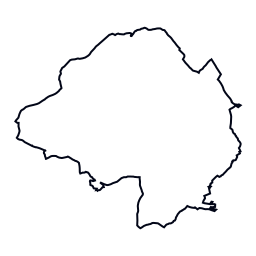 Iclanzel, Mures, Romania (Albers equal-area conic projection), rotated 270°
{"feature_id": "2599482B66807271844758", "entity_name": "Iclanzel", "entity_type": "district", "adm_level": 2, "iso_a3": "ROU", "parent_name": "Romania", "parent_adm1": "Mures", "projection": "albers", "projection_center": [24.269, 46.544], "detail": "fine", "context": "isolated", "style": "outline", "palette": "ink", "viewbox_px": 256, "rotation_deg": 270, "n_neighbors": 0, "source": "geoboundaries", "source_scale": "gbopen_adm2", "svg_char_len": 5747}
<svg xmlns="http://www.w3.org/2000/svg" viewBox="0 0 256 256"><g transform="rotate(270 128 128)"><path d="M196.6,211.5L196.3,211.2L196.0,210.4L193.9,208.1L190.7,205.7L189.5,204.3L188.4,203.4L187.2,202.7L186.0,200.7L185.4,199.9L185.1,199.6L183.2,198.8L184.3,197.0L185.3,193.3L185.5,192.8L187.9,190.5L188.2,189.9L190.3,188.2L193.3,185.4L196.7,182.9L198.9,184.2L199.6,184.4L200.9,184.3L201.5,183.9L202.1,183.4L206.0,179.3L207.4,179.8L207.7,179.7L208.7,178.5L210.9,176.6L213.6,174.6L214.8,173.5L218.0,171.2L219.2,170.0L220.4,168.5L221.0,167.9L221.8,167.4L222.3,166.9L223.2,166.6L224.0,165.8L225.7,164.6L225.9,164.2L226.1,162.7L226.5,162.0L227.5,160.5L227.6,159.1L227.5,157.0L227.0,154.9L226.7,152.7L226.3,151.6L226.1,150.1L226.1,149.5L226.2,148.3L227.5,146.6L228.1,145.2L228.2,144.7L228.2,144.4L227.6,143.0L227.2,141.2L226.4,140.1L226.0,137.3L225.7,136.8L225.1,136.2L225.1,135.5L224.8,135.1L223.9,134.3L221.9,133.1L221.3,132.5L220.4,131.9L220.0,131.6L219.9,131.1L220.0,130.9L220.4,130.8L221.1,131.1L221.7,131.6L222.2,131.6L222.4,131.4L222.7,130.8L223.0,129.7L222.7,126.5L222.1,124.7L221.7,124.2L221.6,123.6L221.7,122.9L221.7,121.9L221.9,120.5L221.9,119.6L222.0,119.1L222.4,118.5L222.4,118.2L222.2,117.4L221.8,116.4L221.0,115.3L220.9,115.1L221.4,114.5L221.9,113.0L222.2,112.7L222.2,112.2L221.2,109.8L221.2,109.4L216.5,104.1L213.1,100.2L211.2,98.1L209.9,96.4L209.2,95.7L207.6,94.5L204.0,91.1L202.0,89.9L201.2,89.2L200.1,87.9L198.5,85.3L197.7,82.7L197.2,79.9L197.2,79.2L197.5,78.2L197.5,77.7L196.7,75.0L196.4,71.8L195.8,70.1L189.5,64.3L188.1,62.2L184.6,60.4L183.9,60.5L183.0,60.8L182.3,60.9L181.6,60.6L180.6,59.9L179.9,59.6L179.3,59.4L176.4,59.1L174.6,60.1L172.1,60.5L167.9,61.5L167.7,61.4L166.0,59.5L165.4,59.2L164.6,58.4L163.0,56.5L162.1,55.1L161.0,52.7L160.0,49.8L159.2,48.2L157.4,45.6L156.5,44.7L156.2,44.0L155.9,43.7L155.3,42.5L154.9,42.0L152.8,38.9L152.0,37.0L151.0,33.2L150.2,29.6L149.1,26.2L148.7,25.6L147.0,23.7L146.6,23.2L146.4,22.5L145.2,21.0L144.3,20.5L141.8,19.4L138.3,18.4L135.5,15.9L134.6,15.4L133.1,17.4L133.1,18.6L129.6,18.5L125.5,19.5L124.8,19.5L123.5,19.2L120.6,18.2L118.2,16.8L117.1,17.9L116.4,19.4L116.0,21.7L115.8,22.2L115.2,23.2L113.9,24.7L110.4,31.5L110.4,32.0L110.1,32.0L109.2,34.2L108.7,35.9L108.8,36.1L108.1,38.6L107.5,40.3L105.9,44.0L105.6,45.2L105.4,45.3L105.3,45.1L104.8,44.4L104.3,44.1L103.6,43.9L103.0,43.9L102.6,44.0L101.5,44.8L99.9,45.0L98.2,45.7L97.1,45.9L97.1,46.0L97.5,46.8L98.4,48.7L99.6,50.7L100.0,52.0L100.1,53.6L100.0,55.9L99.9,56.2L99.1,57.5L98.4,59.2L98.1,60.9L98.0,61.7L98.1,62.6L99.1,67.3L99.4,67.6L99.4,67.9L99.1,68.6L97.1,71.8L96.6,72.4L95.7,74.4L95.1,75.3L94.9,76.3L94.6,76.9L94.1,77.8L93.2,78.9L90.1,79.5L87.9,79.7L84.1,79.8L83.4,79.9L82.5,80.3L83.0,81.8L83.4,82.7L83.3,84.1L83.6,84.5L83.8,85.8L84.1,85.9L83.9,86.9L83.6,87.3L83.4,88.1L81.4,89.6L80.6,89.9L79.5,90.6L78.7,92.2L77.7,92.7L76.9,93.5L76.4,94.6L75.5,95.0L74.9,93.1L75.6,90.7L75.4,90.1L74.4,89.9L73.1,90.3L71.1,90.3L70.7,91.0L70.4,92.0L69.8,92.8L68.9,93.2L68.1,93.5L67.6,93.9L67.4,95.8L67.3,96.8L66.0,96.2L66.1,96.6L65.2,97.5L65.6,97.9L65.8,98.5L65.9,99.7L66.2,100.2L68.8,102.6L68.8,102.9L68.9,103.8L71.2,103.1L72.8,100.9L73.0,100.7L73.3,100.9L71.8,104.2L71.0,106.6L70.9,107.3L71.1,108.6L71.8,110.8L72.9,113.0L74.3,117.2L77.9,121.5L78.8,123.9L78.8,126.1L79.5,127.8L79.4,133.3L79.1,134.4L78.8,137.7L78.9,138.9L78.8,139.7L77.9,139.6L74.3,140.0L71.4,139.9L70.4,140.0L65.7,141.7L64.7,141.9L62.5,142.9L61.3,142.8L58.0,140.4L55.8,139.3L53.5,138.4L50.8,137.9L49.9,137.8L45.1,138.2L44.2,138.0L42.0,137.2L35.5,137.4L30.6,137.2L29.3,138.4L28.4,139.5L28.2,139.9L27.8,140.3L28.3,141.4L30.1,144.0L31.2,146.7L31.3,147.8L31.7,148.9L31.8,149.6L32.1,150.8L32.7,151.6L32.8,152.2L33.0,152.5L33.1,153.5L32.7,157.7L32.5,158.3L29.5,162.6L28.7,164.1L31.1,166.1L31.5,166.6L32.0,168.2L32.5,169.0L32.6,169.6L32.6,170.7L32.8,171.2L33.8,172.9L35.1,173.7L35.2,173.9L35.3,174.5L35.5,174.9L37.0,175.7L38.3,175.9L38.8,176.1L39.7,176.7L41.7,177.7L44.1,179.7L44.6,180.3L45.2,181.8L45.6,182.0L46.4,183.6L46.9,184.1L47.1,184.7L47.2,184.9L49.0,186.5L50.0,187.3L49.0,189.5L48.4,191.8L48.1,194.4L48.2,194.6L48.6,195.0L46.7,197.5L47.3,198.3L48.0,199.5L47.7,201.9L47.0,204.3L46.8,205.6L46.9,207.8L46.7,209.4L46.0,211.1L44.9,214.5L46.4,216.1L47.2,213.1L48.2,210.4L49.0,210.9L48.7,211.9L48.9,213.0L49.1,215.1L51.4,215.2L51.5,214.6L51.9,214.5L51.9,211.4L54.1,212.5L54.3,211.5L51.9,209.9L52.8,204.4L53.3,202.9L55.2,203.5L56.8,204.4L57.2,204.8L57.6,205.0L58.6,204.9L60.1,204.3L62.5,210.1L67.7,209.0L67.9,209.6L68.2,209.9L68.4,209.6L68.4,209.4L69.1,208.7L69.7,210.7L70.5,209.9L71.5,210.5L71.8,210.4L72.1,210.5L72.2,210.8L72.7,211.3L72.8,211.2L73.3,211.9L73.5,212.3L75.4,212.2L79.1,215.9L80.3,217.4L80.0,217.9L79.2,219.1L79.1,219.4L79.5,219.9L79.6,220.6L80.6,221.4L81.3,222.9L82.3,223.7L84.3,225.7L86.6,227.7L87.3,228.7L87.8,229.1L88.6,230.2L89.0,230.4L89.1,230.6L89.4,230.8L92.7,231.6L93.2,232.1L93.5,232.4L94.1,232.5L94.6,232.2L94.8,232.4L94.7,232.8L94.9,233.0L95.2,233.3L95.5,233.2L95.7,233.3L95.7,234.1L95.6,234.4L95.9,235.5L96.1,235.8L99.1,237.2L100.6,236.7L102.6,239.9L104.2,239.3L104.6,240.5L106.5,239.7L107.7,239.0L108.0,238.9L109.5,240.0L111.5,240.6L112.6,240.6L114.0,239.8L114.8,239.1L115.1,238.7L116.2,238.0L117.5,237.8L118.9,236.5L119.9,236.1L119.9,235.9L120.1,235.7L122.1,234.8L122.6,233.7L124.2,232.8L126.0,232.5L127.0,231.6L127.7,230.4L128.9,230.3L132.8,230.9L139.3,231.2L141.0,231.0L146.3,229.5L147.2,230.5L147.4,231.2L148.7,233.4L149.4,234.4L150.6,235.4L148.8,238.2L150.7,240.6L151.6,238.9L151.2,238.3L151.7,234.6L153.0,232.6L153.9,231.7L154.6,231.5L154.8,231.7L157.4,230.2L160.6,227.4L163.4,225.3L165.9,223.8L167.9,223.2L169.7,222.5L172.6,220.9L175.3,219.0L176.5,217.8L181.7,220.9L188.7,216.3L189.6,215.9L196.6,211.5Z" fill="none" stroke="#020617" stroke-width="2"/></g></svg>